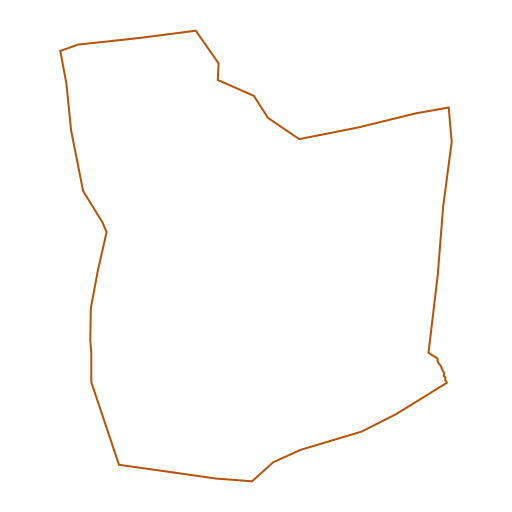 the district of Asgat, Sühbaatar, Mongolia
{"feature_id": "93677404B69678463866737", "entity_name": "Asgat", "entity_type": "district", "adm_level": 2, "iso_a3": "MNG", "parent_name": "Mongolia", "parent_adm1": "Sühbaatar", "projection": "orthographic", "projection_center": [114.184, 46.119], "detail": "fine", "context": "isolated", "style": "outline", "palette": "amber", "viewbox_px": 512, "rotation_deg": 0, "n_neighbors": 0, "source": "geoboundaries", "source_scale": "gbopen_adm2", "svg_char_len": 1101}
<svg xmlns="http://www.w3.org/2000/svg" viewBox="0 0 512 512"><path d="M448.7,107.5L416.0,113.3L357.5,127.6L299.1,139.1L267.9,117.8L253.9,95.9L217.8,80.0L218.6,63.4L195.8,30.7L137.4,38.2L77.9,44.6L60.3,50.9L66.4,83.6L71.1,130.3L83.1,191.0L102.5,222.5L106.6,232.1L97.8,270.8L90.8,308.3L90.3,340.1L91.3,353.6L91.3,381.0L91.4,381.4L91.4,381.6L91.4,381.9L91.3,382.2L119.0,464.8L186.8,474.4L215.5,478.5L252.0,481.3L273.3,462.2L300.4,449.9L361.5,431.6L396.3,414.0L446.8,382.8L446.5,381.6L446.3,381.3L446.1,381.0L445.8,380.8L445.4,380.5L445.3,379.8L445.2,379.0L445.3,378.1L445.4,377.6L445.4,377.4L444.4,376.6L443.9,376.1L443.8,375.7L443.8,375.2L444.0,374.8L444.2,374.0L444.3,373.6L444.2,373.4L444.1,373.2L443.8,372.7L443.7,372.3L443.6,371.8L443.5,371.6L443.1,371.3L442.9,370.8L442.6,370.1L442.0,369.2L441.6,368.4L441.6,368.0L441.5,367.4L441.3,367.0L441.1,366.5L440.2,365.1L439.4,364.3L438.7,363.4L438.3,362.6L438.2,362.1L438.0,361.8L437.7,361.2L437.6,360.7L437.5,360.1L437.6,359.5L437.5,358.5L428.5,352.8L437.8,274.4L443.2,206.1L451.7,142.0L448.7,107.5Z" fill="none" stroke="#b45309" stroke-width="2"/></svg>